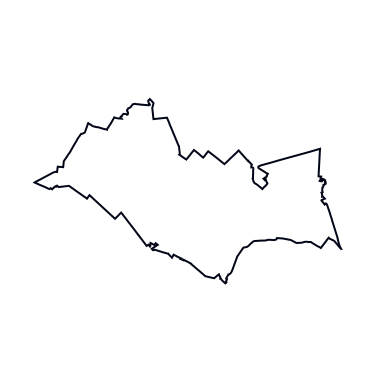 San Nicolás Buenos Aires, Puebla, Mexico (Natural Earth projection), rotated 100°
{"feature_id": "50627088B47100083140695", "entity_name": "San Nicolás Buenos Aires", "entity_type": "district", "adm_level": 2, "iso_a3": "MEX", "parent_name": "Mexico", "parent_adm1": "Puebla", "projection": "natural_earth1", "projection_center": [-97.501, 19.221], "detail": "fine", "context": "isolated", "style": "outline", "palette": "ink", "viewbox_px": 384, "rotation_deg": 100, "n_neighbors": 0, "source": "geoboundaries", "source_scale": "gbopen_adm2", "svg_char_len": 5908}
<svg xmlns="http://www.w3.org/2000/svg" viewBox="0 0 384 384"><g transform="rotate(100 192 192)"><path d="M210.0,348.7L211.0,344.7L211.2,344.0L211.3,343.6L211.7,341.8L213.0,336.2L213.6,334.4L213.7,333.5L213.8,333.1L213.8,332.7L213.6,332.6L212.8,331.9L213.0,331.3L213.6,330.2L211.8,329.0L211.9,328.9L210.1,327.5L210.4,326.8L209.2,326.0L210.3,324.2L207.3,314.2L215.8,296.3L216.2,295.2L216.8,294.3L212.9,292.4L224.2,274.9L225.5,272.8L229.5,266.6L231.7,263.1L228.1,260.6L224.6,258.2L226.2,256.3L228.5,253.9L229.0,253.2L230.4,251.8L230.8,251.3L231.3,250.8L233.4,248.5L235.0,246.7L235.5,246.3L235.5,246.2L242.4,238.7L244.5,236.4L244.5,236.5L248.3,232.3L248.9,231.7L251.1,229.3L253.0,227.3L251.4,225.7L253.1,223.8L253.0,223.7L250.4,223.9L249.4,224.0L250.7,219.9L248.7,218.9L250.0,216.6L255.0,221.8L255.1,221.7L256.1,220.1L255.3,218.6L255.4,218.2L255.4,217.9L256.6,208.5L256.7,207.5L256.7,206.9L256.8,206.4L256.9,205.6L257.0,204.8L256.9,204.7L257.1,204.5L257.5,204.0L260.2,200.3L256.9,199.2L257.4,197.7L258.0,195.8L258.2,195.4L258.2,195.2L258.3,195.0L258.4,194.7L258.5,194.1L258.8,193.0L259.1,192.1L259.2,191.6L259.5,191.8L259.9,192.0L260.0,191.7L260.1,191.1L260.2,190.8L260.1,190.4L260.1,190.1L259.9,189.7L260.1,189.2L260.5,189.4L260.6,189.1L260.3,188.9L260.7,188.2L260.3,188.0L260.5,187.4L261.1,185.8L261.2,185.2L261.4,184.4L262.7,180.6L262.9,180.7L270.9,167.0L271.2,166.6L272.6,164.2L272.8,160.8L273.0,157.0L273.1,156.7L273.0,156.1L273.0,155.7L273.1,155.2L270.0,152.6L268.4,151.2L270.0,150.2L270.9,149.4L272.4,149.2L272.3,148.6L273.8,147.1L276.2,143.3L275.1,142.4L274.2,143.0L273.7,142.8L273.3,142.8L272.9,142.9L272.3,142.4L271.5,142.5L271.3,142.8L271.1,143.3L267.0,141.9L266.9,141.3L266.3,140.8L265.7,140.1L264.9,139.7L264.0,139.3L263.1,139.0L262.3,138.9L261.1,138.6L247.6,136.2L237.8,131.7L237.4,130.5L236.9,129.2L236.3,128.0L235.2,127.0L233.3,125.7L229.9,122.9L229.2,121.2L228.9,119.5L228.4,117.7L227.9,115.9L227.7,114.6L227.0,111.2L226.0,109.1L225.6,107.5L225.2,103.3L224.4,101.2L223.9,100.6L222.7,100.4L222.5,99.6L222.0,94.1L222.1,88.6L222.1,86.4L223.9,80.9L224.0,79.8L223.7,78.6L223.4,77.2L222.9,75.3L222.3,73.9L221.5,72.3L221.1,70.7L221.0,68.3L220.6,66.2L221.3,64.8L222.3,62.2L223.4,59.5L223.9,57.7L224.3,56.4L224.8,55.4L213.3,49.5L214.1,48.2L214.7,45.9L215.1,44.5L215.4,43.6L215.8,43.0L216.7,42.0L217.9,40.5L219.0,39.2L219.6,38.5L220.7,37.2L222.0,35.6L222.0,35.3L220.1,36.8L218.1,38.0L215.9,39.1L213.7,40.0L212.5,40.5L212.1,40.6L200.3,46.7L196.3,48.8L194.4,49.6L191.6,51.2L189.3,52.3L185.3,54.5L181.5,56.6L181.4,56.7L180.2,57.6L180.1,58.5L181.3,59.2L177.8,63.1L177.7,63.1L177.4,62.9L176.2,61.0L175.5,60.0L173.7,62.4L174.0,63.1L171.9,63.4L170.1,64.4L169.4,63.3L167.4,64.2L164.9,64.3L164.7,63.8L164.2,63.7L162.1,63.8L161.9,62.9L160.5,61.7L159.2,62.1L159.6,62.8L159.3,62.9L157.3,62.9L157.3,64.1L156.9,64.1L156.7,64.2L156.6,64.3L156.4,65.5L158.9,65.9L159.0,66.0L158.9,68.2L158.0,67.9L157.6,67.3L156.5,67.2L156.0,67.8L154.4,67.5L154.6,70.1L153.4,70.2L152.1,70.4L132.6,72.8L127.2,73.4L132.3,83.7L145.8,112.1L149.5,119.6L153.7,128.5L154.1,129.1L154.9,130.4L155.3,130.9L155.5,131.0L155.8,131.1L156.0,131.0L156.4,130.9L156.7,130.7L157.0,130.5L157.3,129.6L159.6,124.0L160.2,122.5L160.6,121.4L160.9,120.5L161.1,120.6L163.3,121.3L163.5,121.1L164.1,121.2L165.3,122.8L165.9,123.2L166.4,123.9L167.2,122.9L167.5,122.6L166.2,121.8L168.6,120.7L169.6,119.8L170.6,119.2L171.2,119.5L173.1,120.7L173.3,120.7L174.2,121.5L175.0,122.1L176.9,123.2L175.8,124.9L173.9,128.3L173.2,129.8L172.3,132.1L170.8,133.4L170.0,133.6L169.6,133.9L168.6,134.2L168.3,134.6L167.9,134.4L166.6,134.5L164.9,134.8L162.0,135.2L160.4,135.5L158.8,135.6L157.8,135.8L157.5,136.2L157.2,136.9L157.1,137.4L157.2,137.6L157.4,137.9L157.0,138.0L156.1,138.1L155.1,138.0L154.7,137.8L154.5,138.1L153.6,139.3L153.4,139.5L152.2,141.2L151.6,141.8L151.9,142.0L143.0,153.3L145.8,155.2L152.5,160.2L155.6,162.4L158.9,164.9L152.8,176.0L149.1,183.1L152.7,185.1L154.7,186.0L156.2,187.0L154.7,189.6L153.5,191.5L152.1,194.0L150.3,197.4L157.0,201.0L161.0,203.2L160.5,204.4L158.9,207.9L158.0,209.7L157.4,211.1L156.7,210.6L148.9,212.9L148.7,213.3L144.6,215.9L132.2,223.8L130.0,225.3L126.9,227.1L124.5,228.7L123.2,229.5L123.6,231.1L126.9,242.6L116.2,245.7L113.5,245.5L111.2,245.3L109.2,247.7L107.8,249.7L108.6,250.2L109.7,251.0L111.3,250.4L112.2,249.9L112.3,249.5L112.5,249.5L112.6,249.3L112.7,249.1L112.9,249.0L113.0,248.9L113.1,248.7L113.3,248.6L113.5,248.6L113.8,249.0L114.1,249.5L114.7,256.4L114.8,256.5L114.8,257.1L114.9,257.9L114.8,258.1L115.1,262.0L115.1,262.4L115.1,263.0L115.1,263.4L115.1,263.6L115.2,263.8L115.4,264.2L115.5,264.5L115.9,265.5L116.1,265.7L116.3,265.8L116.9,266.0L117.9,266.7L118.7,266.9L120.0,268.1L120.3,268.5L120.5,269.2L121.4,269.6L122.1,269.7L122.5,270.2L123.7,269.9L124.2,269.5L124.6,268.9L124.8,268.8L125.5,268.8L126.1,268.7L126.6,268.7L127.0,269.0L127.2,269.4L126.8,269.9L126.7,271.2L126.8,271.9L126.9,272.4L126.9,272.9L127.4,273.5L129.7,274.4L129.9,275.1L130.7,275.5L131.3,275.6L131.4,275.4L131.5,275.2L131.8,274.8L131.9,274.6L131.9,274.3L131.9,274.1L132.0,274.0L132.4,278.1L132.2,281.0L132.0,281.5L138.8,283.9L144.4,286.4L145.4,286.4L145.2,287.9L145.3,288.4L145.2,290.0L144.6,295.0L144.5,295.5L144.5,296.1L144.6,296.4L144.7,296.8L144.6,298.3L144.5,298.7L144.6,298.9L144.6,299.2L144.5,299.7L144.4,301.0L144.3,301.3L144.2,301.7L144.0,302.2L143.8,302.4L143.5,303.1L143.2,303.5L142.9,304.7L142.8,305.1L142.7,305.4L142.2,306.2L142.6,306.4L144.0,306.5L146.8,307.0L151.9,307.8L152.1,307.9L152.2,308.0L153.7,310.2L153.8,310.4L153.9,310.9L154.0,311.3L159.0,313.7L160.1,314.1L161.7,314.6L166.9,316.6L173.2,318.8L174.5,319.3L176.9,320.5L179.3,321.5L183.7,323.5L183.8,323.6L189.9,323.2L190.1,325.8L190.2,326.7L190.3,327.1L190.3,328.1L190.4,328.6L195.7,328.4L195.9,330.2L197.1,332.3L198.4,333.9L203.3,340.2L204.9,342.2L205.5,343.0L206.0,343.6L206.5,344.3L208.1,346.4L208.9,347.4L209.4,348.1L210.0,348.7Z" fill="none" stroke="#020617" stroke-width="2"/></g></svg>